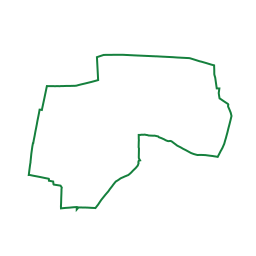 the district of Melchor Ocampo, México, Mexico, rotated 353°
{"feature_id": "50627088B63143835112864", "entity_name": "Melchor Ocampo", "entity_type": "district", "adm_level": 2, "iso_a3": "MEX", "parent_name": "Mexico", "parent_adm1": "México", "projection": "albers", "projection_center": [-99.133, 19.708], "detail": "fine", "context": "isolated", "style": "outline", "palette": "green", "viewbox_px": 256, "rotation_deg": 353, "n_neighbors": 0, "source": "geoboundaries", "source_scale": "gbopen_adm2", "svg_char_len": 3019}
<svg xmlns="http://www.w3.org/2000/svg" viewBox="0 0 256 256"><g transform="rotate(353 128 128)"><path d="M100.7,188.5L101.0,188.2L102.0,187.1L102.1,186.9L103.6,185.4L104.6,184.4L105.5,183.5L106.1,182.8L107.7,181.2L109.4,179.6L110.6,179.1L112.3,178.3L113.9,177.4L114.3,177.2L114.8,177.0L115.0,176.9L117.1,176.3L118.9,175.7L120.5,175.3L121.4,175.0L122.4,174.8L123.9,173.9L125.6,172.7L126.1,172.3L126.7,171.8L127.3,171.3L127.5,171.1L129.1,169.9L130.7,168.7L131.6,167.9L132.4,167.1L133.1,166.5L133.3,166.1L134.2,164.2L134.1,163.2L134.5,162.1L134.8,161.7L136.0,161.6L135.5,160.4L135.1,159.2L135.1,158.9L135.2,157.9L136.4,149.5L136.2,148.5L136.8,144.4L137.0,143.0L137.3,141.4L137.4,139.7L137.8,136.2L139.7,136.4L140.1,136.3L141.1,136.4L141.4,136.4L142.6,136.6L143.8,136.6L145.2,137.1L146.7,137.5L147.3,137.9L151.9,138.7L152.8,138.8L153.7,138.9L153.9,139.0L154.8,139.3L157.0,140.1L157.5,140.9L158.1,141.2L160.3,142.3L160.5,142.5L162.4,143.6L164.0,144.8L165.7,145.7L166.6,146.0L168.3,146.0L169.4,146.4L170.0,146.9L171.4,148.3L173.3,150.1L174.7,151.5L175.6,152.1L176.8,152.9L178.0,153.7L180.2,155.4L182.5,156.9L185.7,159.2L187.5,160.5L190.0,161.8L191.9,162.6L193.7,163.3L195.2,163.4L197.1,163.6L201.4,164.3L206.0,165.5L207.7,165.9L208.5,166.1L209.8,166.5L212.3,167.2L213.5,167.6L214.4,166.3L215.5,164.7L217.3,162.0L218.1,161.0L218.9,159.8L219.3,159.3L220.7,156.9L221.5,155.6L222.1,154.2L222.7,152.7L223.4,151.1L224.0,149.8L224.5,148.5L226.1,144.6L227.6,140.6L229.2,136.6L230.7,132.7L232.2,128.7L231.8,125.3L231.0,122.3L230.0,119.0L230.0,118.2L230.4,117.0L230.1,116.3L226.0,112.8L223.3,110.4L222.5,109.8L222.4,108.2L222.3,104.4L223.5,99.9L220.9,99.5L220.8,94.1L220.7,88.7L220.3,86.2L220.2,85.2L220.7,80.8L221.1,76.3L218.3,75.2L213.6,73.1L208.9,71.1L208.1,70.8L207.5,70.6L207.0,70.4L202.2,68.2L198.2,66.4L197.3,66.1L193.3,65.4L189.3,64.7L185.3,64.0L181.3,63.2L177.3,62.5L173.3,61.8L168.1,60.9L166.0,60.5L164.6,60.3L144.4,56.9L132.3,54.8L122.5,53.6L112.8,52.5L109.3,53.2L105.8,53.9L105.0,65.3L104.2,76.8L101.6,77.2L97.4,77.8L90.7,78.6L86.9,79.0L83.8,79.4L81.9,79.7L79.6,79.6L79.1,79.5L75.8,79.2L72.6,78.8L71.5,78.7L69.1,78.5L66.3,78.2L65.6,78.2L64.8,78.1L62.0,77.7L61.4,77.7L59.2,77.4L56.2,77.0L53.2,76.6L52.6,76.5L48.7,88.0L44.7,99.6L43.2,99.1L42.5,99.0L41.4,102.6L40.2,106.2L39.0,109.8L37.9,113.4L36.7,117.1L35.5,120.7L34.4,124.3L33.2,127.9L32.1,131.5L31.8,131.5L30.8,134.7L28.9,141.8L28.0,145.8L27.1,149.7L27.1,150.0L26.3,152.7L25.0,157.7L23.8,162.5L24.3,162.5L28.1,163.8L31.9,165.0L35.6,166.2L39.4,167.5L43.1,168.7L43.3,169.0L43.1,170.7L47.2,172.0L47.2,174.8L47.4,175.1L53.7,176.9L54.0,177.0L55.0,179.0L54.5,180.7L54.4,181.7L53.9,185.0L53.2,189.3L52.6,193.4L51.9,197.5L51.7,199.6L56.3,199.7L60.0,199.9L63.8,200.0L67.5,200.2L67.2,202.6L69.2,200.8L74.0,201.5L75.4,201.7L75.6,201.7L77.6,202.0L79.9,202.4L80.9,202.6L81.1,202.6L82.0,202.8L82.6,202.9L83.2,203.0L84.6,203.2L85.9,203.5L89.1,200.3L90.0,199.2L92.7,196.1L92.8,196.0L93.1,195.7L97.0,191.9L97.3,191.6L100.7,188.5Z" fill="none" stroke="#15803d" stroke-width="2"/></g></svg>